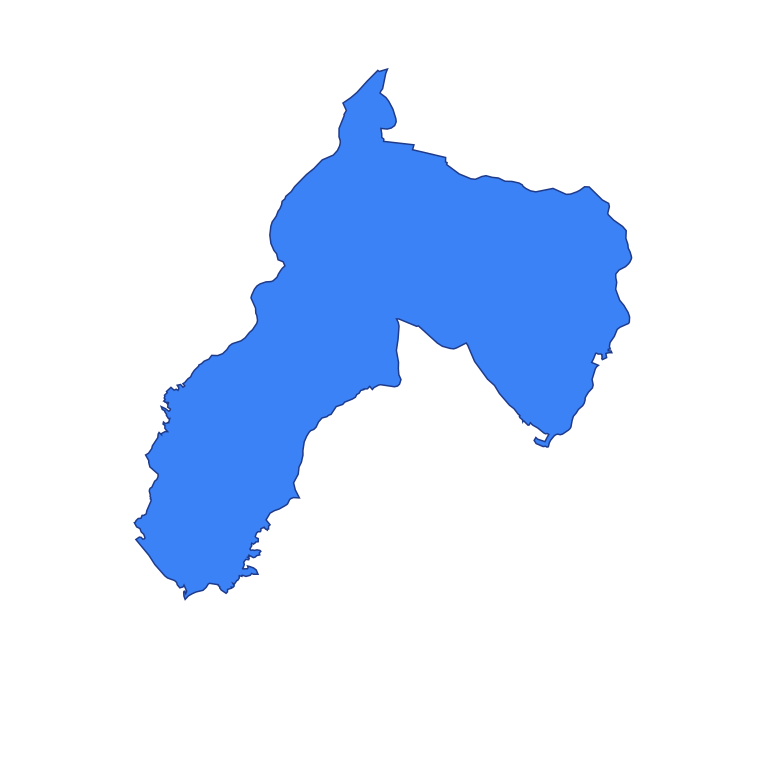 Cruset, Gorj, Romania, rotated 207°
{"feature_id": "2599482B18227556785011", "entity_name": "Cruset", "entity_type": "district", "adm_level": 2, "iso_a3": "ROU", "parent_name": "Romania", "parent_adm1": "Gorj", "projection": "orthographic", "projection_center": [23.663, 44.657], "detail": "fine", "context": "isolated", "style": "filled", "palette": "blue", "viewbox_px": 768, "rotation_deg": 207, "n_neighbors": 0, "source": "geoboundaries", "source_scale": "gbopen_adm2", "svg_char_len": 6171}
<svg xmlns="http://www.w3.org/2000/svg" viewBox="0 0 768 768"><g transform="rotate(207 384 384)"><path d="M523.9,666.2L530.1,660.3L531.9,660.6L536.5,646.2L540.5,631.4L543.6,624.0L548.1,615.7L541.7,610.6L542.0,606.0L541.3,605.1L540.1,591.4L536.3,583.8L533.5,581.0L532.4,578.9L531.6,575.8L531.5,570.9L533.1,564.9L540.8,555.6L544.3,544.1L548.1,535.6L553.2,519.3L554.0,513.3L556.7,506.6L556.3,504.0L557.7,500.5L556.6,497.1L556.3,492.9L556.8,490.0L556.2,484.5L557.2,477.6L556.4,473.1L553.3,464.8L548.6,457.9L542.8,453.1L538.8,451.3L534.8,446.6L529.3,447.1L525.9,444.2L527.1,441.2L527.6,438.5L528.0,434.1L527.8,430.5L529.7,425.6L531.0,424.1L535.5,421.4L539.8,417.0L541.7,413.7L542.5,409.6L542.2,403.0L541.6,400.3L532.9,393.3L530.4,388.9L528.4,387.3L525.6,383.3L524.9,380.4L525.8,372.6L527.3,368.8L528.7,362.0L531.0,357.5L537.5,351.0L539.1,347.8L539.6,343.3L541.5,337.8L545.1,333.8L550.5,331.3L551.3,326.7L554.7,322.6L555.8,319.3L557.6,316.8L557.3,315.6L559.2,310.1L559.7,305.9L559.5,302.6L561.1,299.5L562.2,294.8L563.3,293.0L560.7,291.9L561.2,290.5L561.7,289.9L565.0,291.2L567.7,289.0L565.3,287.6L564.7,286.5L564.7,284.8L566.8,285.0L568.2,283.2L572.3,284.3L574.4,278.6L573.2,277.9L574.5,274.3L573.6,273.5L573.5,271.7L572.0,271.0L572.5,268.8L571.4,269.0L570.9,268.4L567.7,269.6L567.4,268.9L568.6,268.2L567.0,267.4L566.3,265.2L562.9,264.7L562.7,263.5L563.4,262.0L567.5,262.8L572.2,262.7L570.0,260.7L566.8,260.5L566.8,259.8L563.9,258.2L563.7,257.3L560.3,255.3L559.2,256.1L558.5,252.5L559.0,251.7L558.5,251.6L560.9,249.5L563.2,250.0L562.7,248.0L560.4,247.6L559.1,245.0L555.2,243.3L557.3,242.3L558.7,240.4L559.8,238.7L559.2,237.8L562.4,238.7L562.5,236.9L561.2,233.5L562.3,223.7L561.6,221.0L562.4,215.4L564.2,212.5L558.9,209.0L558.0,207.3L554.9,203.8L544.3,201.1L543.2,198.7L543.1,195.7L544.2,193.3L544.0,186.5L545.0,185.0L545.0,183.6L544.5,182.0L541.9,179.1L541.3,177.5L540.2,176.8L540.1,175.6L539.1,175.4L538.5,174.0L537.8,163.3L536.9,160.4L538.3,158.0L539.9,157.1L539.6,154.0L541.9,152.6L542.9,149.8L542.8,148.0L543.5,147.1L539.5,144.4L535.8,144.4L533.2,142.0L529.8,141.0L527.1,138.4L527.2,137.3L528.5,136.2L530.6,137.1L532.5,136.5L534.5,132.8L515.6,124.6L506.2,119.1L492.1,113.5L488.7,112.9L481.4,113.8L478.6,113.0L477.1,111.3L473.4,109.7L470.9,112.0L470.9,114.0L465.8,109.9L465.5,107.2L467.5,109.0L468.1,108.4L467.9,107.5L465.9,104.1L463.4,101.8L462.1,106.4L459.6,110.2L456.9,113.5L451.6,118.0L450.1,122.1L449.8,125.9L449.0,127.2L440.7,129.9L440.2,129.2L438.3,128.8L437.9,127.8L435.4,126.5L429.7,125.8L429.1,127.7L430.1,129.9L427.1,132.9L427.8,133.7L426.4,134.1L425.8,135.5L425.9,136.2L428.0,137.7L426.5,137.6L425.9,142.1L425.2,142.7L424.9,145.3L425.9,147.5L423.3,148.1L423.7,148.9L423.3,149.3L419.6,149.9L416.4,152.8L415.9,155.1L414.0,155.2L409.9,157.3L413.4,160.3L416.7,160.9L420.8,160.4L422.9,159.9L421.8,159.0L421.8,157.4L425.8,155.2L426.3,155.5L426.1,156.8L426.6,159.9L428.1,161.4L427.6,164.9L424.8,166.0L424.9,167.3L426.9,167.7L425.7,168.8L426.8,169.6L426.7,170.2L421.6,170.0L420.3,171.1L419.4,173.4L417.1,175.3L418.4,176.8L417.8,179.0L418.9,179.4L421.8,178.6L424.1,176.8L425.5,176.6L427.2,175.4L428.6,176.1L428.4,179.9L429.3,180.7L429.5,182.1L427.7,182.0L426.6,184.0L426.6,184.9L424.5,186.4L425.9,189.2L428.1,189.0L429.5,189.6L429.9,193.4L429.1,195.3L427.3,196.1L427.0,197.3L428.0,198.9L426.4,201.4L425.7,201.3L425.6,201.9L423.8,201.0L421.7,200.9L422.1,201.6L421.0,202.4L422.3,205.0L421.6,206.8L427.4,209.4L426.9,217.2L424.2,221.3L420.6,225.1L416.2,231.8L415.5,233.4L415.6,238.3L414.9,239.7L413.1,241.7L407.7,244.1L415.0,249.4L419.7,254.9L419.5,264.7L422.0,271.4L422.1,276.8L423.9,283.8L426.1,288.0L428.8,296.2L429.2,302.3L428.8,307.1L428.2,309.1L425.9,311.7L424.9,314.7L425.1,320.4L423.8,325.6L420.0,329.0L419.2,331.0L417.4,332.9L416.3,342.2L411.5,347.1L410.8,350.0L405.4,356.2L403.5,359.2L403.5,362.3L402.0,364.5L401.8,367.7L399.5,369.8L399.9,370.1L399.5,370.5L396.5,372.3L395.7,375.4L391.9,373.8L391.3,376.3L388.3,380.6L386.8,381.8L373.4,386.3L371.0,388.3L370.1,391.0L370.9,395.7L375.0,399.0L378.2,404.2L380.9,409.9L388.2,419.5L391.9,430.5L396.9,442.4L399.2,445.3L402.4,447.7L400.2,448.7L381.1,450.2L379.7,451.4L355.1,444.7L349.2,444.1L341.3,445.7L337.8,447.0L335.8,449.0L329.4,457.8L327.2,456.7L313.6,445.3L293.9,435.3L284.9,432.9L276.8,427.9L262.6,422.1L256.9,421.0L250.2,417.8L249.3,418.0L248.4,417.4L248.6,416.5L247.6,415.7L244.4,415.0L243.2,413.4L243.2,414.3L242.8,414.6L237.0,412.7L236.1,413.3L236.0,415.9L233.0,414.9L227.0,414.6L219.1,412.9L217.3,413.0L216.2,414.0L214.3,413.9L214.5,405.7L222.2,404.6L224.4,405.3L224.6,401.9L221.4,400.0L213.8,400.5L211.9,401.8L210.1,401.8L209.1,402.7L210.0,406.7L210.0,409.5L208.9,414.8L207.9,416.9L206.5,418.2L204.0,418.8L202.2,420.4L198.7,426.7L198.0,428.8L197.9,430.5L199.8,436.8L200.6,441.2L199.6,445.2L199.2,449.7L197.1,454.9L196.9,457.7L197.6,461.2L198.4,462.7L198.5,464.7L198.1,469.5L196.5,475.1L197.2,478.1L200.7,482.6L202.6,493.6L202.4,495.8L201.4,498.0L208.8,497.5L208.7,501.2L209.3,507.4L208.6,508.0L206.8,507.9L204.4,509.2L203.0,509.0L202.7,507.9L201.8,507.2L201.6,505.6L200.5,504.9L197.6,508.6L200.2,511.9L198.1,513.8L195.2,515.3L196.6,516.5L199.4,515.4L199.9,516.9L198.3,517.9L200.3,519.9L201.4,523.6L200.4,531.0L201.0,538.5L199.6,541.6L193.6,549.0L193.5,550.5L195.6,555.2L198.9,558.5L205.8,562.9L212.0,565.6L220.6,573.6L222.8,580.2L225.7,583.9L227.2,586.8L227.4,587.5L226.3,592.3L222.1,598.2L220.7,602.1L220.3,604.1L220.4,607.4L220.6,608.7L221.7,610.2L224.6,613.3L228.1,616.0L230.1,619.1L234.6,623.6L237.8,630.6L242.9,632.7L253.9,634.3L261.0,636.6L262.2,637.8L263.7,644.3L265.8,646.9L273.0,647.1L290.7,652.7L294.8,650.8L297.4,645.6L299.4,642.8L304.0,637.9L307.7,635.7L322.2,635.0L336.0,624.1L341.2,622.6L346.3,622.6L349.7,623.2L351.2,624.2L354.8,624.4L361.9,622.6L368.3,619.6L375.5,619.5L381.6,617.2L387.7,615.9L391.0,613.3L395.5,607.9L399.7,606.3L412.4,605.3L427.7,607.9L428.3,609.9L430.0,609.8L431.9,613.8L464.9,605.7L465.9,610.7L494.5,600.0L495.3,602.1L497.9,602.7L499.6,605.9L502.8,610.3L496.9,612.6L493.7,615.4L491.8,619.2L492.2,623.2L493.9,625.8L500.8,632.9L508.2,638.1L512.3,640.1L519.6,641.4L519.8,643.4L519.3,646.5L523.4,661.4L523.9,666.2Z" fill="#3b82f6" stroke="#1e3a8a" stroke-width="1.5"/></g></svg>